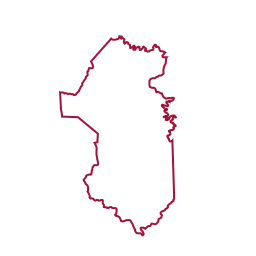 the district of Moronou, N'zi-Comoé, Ivory Coast, rotated 121°
{"feature_id": "98640826B53162767921513", "entity_name": "Moronou", "entity_type": "district", "adm_level": 2, "iso_a3": "CIV", "parent_name": "Ivory Coast", "parent_adm1": "N'zi-Comoé", "projection": "natural_earth1", "projection_center": [-4.266, 6.594], "detail": "fine", "context": "isolated", "style": "outline", "palette": "rose", "viewbox_px": 256, "rotation_deg": 121, "n_neighbors": 0, "source": "geoboundaries", "source_scale": "gbopen_adm2", "svg_char_len": 5767}
<svg xmlns="http://www.w3.org/2000/svg" viewBox="0 0 256 256"><g transform="rotate(121 128 128)"><path d="M152.2,190.4L144.5,176.5L148.4,150.9L156.0,146.9L157.9,149.1L159.5,146.6L161.0,144.8L166.8,141.5L171.1,137.8L173.3,135.6L174.7,134.9L175.2,135.0L176.4,136.2L177.0,137.5L177.8,138.1L179.4,137.9L180.1,138.1L181.5,137.4L183.6,137.0L184.6,136.3L186.1,136.0L186.7,135.6L187.2,136.0L187.9,137.4L188.7,138.1L189.2,138.3L190.1,139.2L192.0,138.8L195.3,139.3L196.0,138.5L196.7,136.5L197.6,135.8L198.1,133.3L198.5,132.6L199.8,131.3L201.0,130.8L202.2,130.0L203.4,129.8L204.2,128.2L205.6,126.1L206.5,125.4L207.2,125.3L207.6,124.8L207.7,123.8L207.3,123.6L207.0,122.5L206.5,121.4L206.9,120.8L207.2,119.6L207.0,118.6L205.7,117.8L205.2,116.8L205.4,116.0L205.2,115.4L204.6,114.6L204.0,114.3L203.4,113.8L202.9,112.9L203.1,112.3L203.7,111.8L205.4,111.1L206.5,108.9L207.2,108.4L208.0,108.3L208.2,108.1L208.2,107.8L206.9,105.1L206.9,104.9L207.2,104.6L206.9,103.9L206.2,103.3L205.3,102.9L204.5,102.0L204.4,101.2L204.6,100.6L204.5,100.0L204.0,98.9L203.2,97.7L203.0,96.9L203.1,96.4L204.0,95.5L204.8,95.3L205.6,94.7L206.9,94.2L207.9,94.1L209.1,94.3L209.4,93.9L209.4,92.8L208.8,91.0L208.9,89.5L210.0,87.4L210.8,86.8L211.3,86.2L211.1,85.1L210.5,84.1L209.7,83.3L207.8,81.9L206.2,79.4L206.1,78.7L206.4,77.5L207.1,76.5L207.9,74.7L209.7,72.6L211.2,70.3L211.4,69.5L212.5,69.0L213.3,67.6L213.5,66.2L212.5,64.0L211.7,62.9L211.9,61.9L212.6,60.7L212.6,60.3L212.4,60.1L211.3,59.8L210.5,60.2L209.2,62.1L208.9,62.7L208.8,63.8L208.2,64.9L207.7,65.4L207.2,65.6L206.5,65.1L205.7,63.8L205.5,63.3L205.4,61.3L204.7,61.3L204.0,60.8L202.7,60.6L202.3,60.3L201.7,60.1L201.2,59.6L200.7,58.7L200.4,58.5L199.2,58.5L197.9,58.6L197.3,57.7L197.1,56.5L196.6,55.2L195.3,54.3L192.9,53.9L191.8,54.1L191.4,54.6L190.8,54.6L190.3,54.8L189.5,54.5L188.4,53.5L187.7,53.3L185.2,54.1L184.8,55.8L183.9,56.4L182.9,56.3L181.8,55.8L181.2,55.2L179.7,54.2L179.4,54.0L178.3,54.2L176.6,53.2L175.2,53.0L174.4,53.8L173.9,53.9L172.3,53.5L170.5,52.6L168.8,52.4L167.5,51.5L166.7,51.6L166.3,52.1L164.8,52.0L115.9,83.5L116.4,83.6L116.8,84.1L117.2,84.1L117.7,84.7L117.9,85.4L117.6,86.1L116.4,87.1L116.2,87.4L116.3,87.8L115.7,88.9L115.2,89.0L115.2,89.7L114.6,90.2L113.8,89.9L112.7,88.8L111.4,88.5L110.0,89.8L109.9,91.1L109.5,91.4L107.7,90.2L106.9,88.8L106.1,88.7L105.5,88.4L105.5,88.2L104.9,88.3L104.5,88.7L104.2,89.4L104.0,89.5L103.4,88.9L101.8,88.2L101.3,88.5L101.2,89.3L101.0,89.9L101.0,90.1L101.6,89.4L101.8,89.5L101.9,90.0L101.8,90.4L101.2,90.8L101.0,91.6L100.8,91.7L100.5,91.7L100.4,91.9L100.4,92.6L100.9,92.8L101.1,93.8L100.9,94.5L100.2,95.1L98.4,94.5L97.7,93.9L97.3,94.0L96.5,94.9L95.9,94.7L95.2,94.2L94.5,92.7L94.2,92.5L93.7,93.2L93.8,94.1L93.4,94.6L94.0,95.3L94.3,96.2L95.3,96.9L96.0,97.6L98.5,97.8L99.0,97.5L100.0,97.8L100.4,98.3L101.0,98.4L101.2,98.6L101.5,99.7L100.8,99.8L100.7,100.2L100.3,100.3L99.1,99.7L98.8,99.7L99.2,101.4L99.9,102.6L100.2,102.7L100.3,103.7L99.7,102.8L98.3,102.1L98.1,101.5L97.2,100.3L96.6,100.2L95.9,100.4L95.3,101.3L95.2,102.2L95.3,104.0L95.0,105.1L94.6,105.6L93.5,105.8L93.2,105.6L92.9,105.4L93.2,104.9L93.0,104.2L92.8,104.0L92.0,104.0L91.8,104.2L91.8,104.9L92.4,105.9L92.4,106.7L92.1,108.3L92.1,109.4L91.5,110.5L91.0,110.7L90.3,110.5L90.1,110.2L90.1,109.0L89.8,108.4L89.9,108.0L89.6,107.6L89.5,106.8L88.6,105.2L87.9,105.2L87.3,106.3L86.6,108.1L86.2,108.4L85.6,108.6L85.0,107.8L84.4,106.0L83.8,106.9L83.5,106.7L82.7,105.3L82.2,104.5L81.8,104.2L81.3,103.9L79.8,103.7L78.8,104.0L78.7,104.7L79.1,105.4L80.2,106.2L81.0,108.0L81.9,109.2L83.1,110.3L83.4,111.0L83.2,112.1L83.3,113.1L82.7,114.4L81.7,115.9L80.9,116.5L81.1,117.2L81.4,117.5L81.4,119.9L81.5,120.7L81.8,121.3L82.4,121.6L82.7,122.1L80.7,124.3L80.3,125.2L80.1,125.9L80.3,126.8L81.2,128.1L81.5,130.1L81.4,130.6L79.8,132.0L76.3,134.0L74.6,133.9L73.7,133.4L72.7,132.6L71.7,130.8L71.5,130.6L70.1,130.1L68.6,128.9L67.3,128.5L65.5,126.3L63.2,125.5L59.8,127.7L56.8,128.7L53.2,129.0L48.0,131.4L47.5,131.3L48.5,133.1L49.0,133.7L49.2,135.0L48.4,135.7L48.0,135.7L45.9,135.3L45.1,135.3L44.2,135.0L44.1,136.2L44.6,138.3L45.2,139.2L45.4,139.9L44.6,141.3L43.7,142.2L42.9,143.3L42.8,144.0L43.3,144.7L43.9,145.2L44.1,145.9L42.7,146.4L42.5,146.7L42.6,147.4L42.8,147.8L43.3,148.0L44.8,148.2L45.9,148.1L46.6,147.3L47.9,146.7L49.9,148.8L50.8,149.2L51.4,149.3L51.4,149.6L52.4,150.5L52.4,151.8L53.0,153.0L52.9,153.3L52.2,153.6L51.2,153.3L50.8,153.4L50.6,153.9L50.6,154.7L50.3,156.0L50.3,156.6L50.8,156.9L51.8,156.5L52.2,156.5L52.9,156.9L54.4,157.2L54.8,157.5L54.9,157.9L54.3,158.2L54.1,159.2L52.9,159.7L52.6,160.1L52.8,160.8L53.8,161.6L55.6,162.2L57.1,162.1L58.1,163.5L58.0,163.9L56.9,164.2L56.5,164.2L55.5,163.7L54.8,163.8L54.3,164.9L54.5,165.4L54.8,165.6L56.9,165.9L57.2,166.4L58.1,167.0L58.3,167.4L58.1,167.6L57.4,167.6L56.8,168.2L56.7,168.6L55.8,169.0L55.9,170.3L55.8,171.2L55.0,171.6L54.8,172.0L54.8,172.6L55.2,173.7L56.5,173.9L57.4,174.3L56.8,175.6L56.6,175.8L56.1,176.1L54.7,176.4L53.8,176.8L53.6,178.4L54.0,179.0L54.8,179.7L54.9,180.0L54.0,180.2L53.2,180.1L52.9,180.3L53.0,180.8L53.5,181.6L53.5,182.1L53.8,182.7L55.2,182.1L56.3,182.2L57.2,182.7L58.1,183.8L58.7,184.2L59.8,185.8L60.1,186.6L60.2,187.7L60.0,188.4L90.0,194.0L90.7,192.8L92.9,189.9L93.5,189.5L95.0,189.2L95.9,190.5L96.3,191.8L96.8,192.2L98.5,191.8L99.1,191.4L99.7,191.4L100.3,191.8L100.7,191.8L103.4,189.8L104.3,189.9L105.9,190.5L107.6,189.7L109.4,190.1L111.9,190.1L113.0,190.3L113.6,190.2L114.5,189.3L114.8,189.3L117.2,189.6L119.5,189.3L120.5,189.4L121.8,189.1L123.2,189.4L124.9,190.0L126.0,189.8L127.1,190.5L127.5,191.1L127.7,191.5L127.4,192.6L127.5,193.1L128.2,194.0L128.4,195.2L128.7,196.0L129.4,196.4L129.8,197.1L129.9,198.2L130.5,199.8L131.2,200.3L130.9,201.3L131.1,202.4L132.5,204.1L132.5,204.5L144.8,196.2L145.1,196.2L150.7,191.4L152.2,190.4Z" fill="none" stroke="#9f1239" stroke-width="2"/></g></svg>